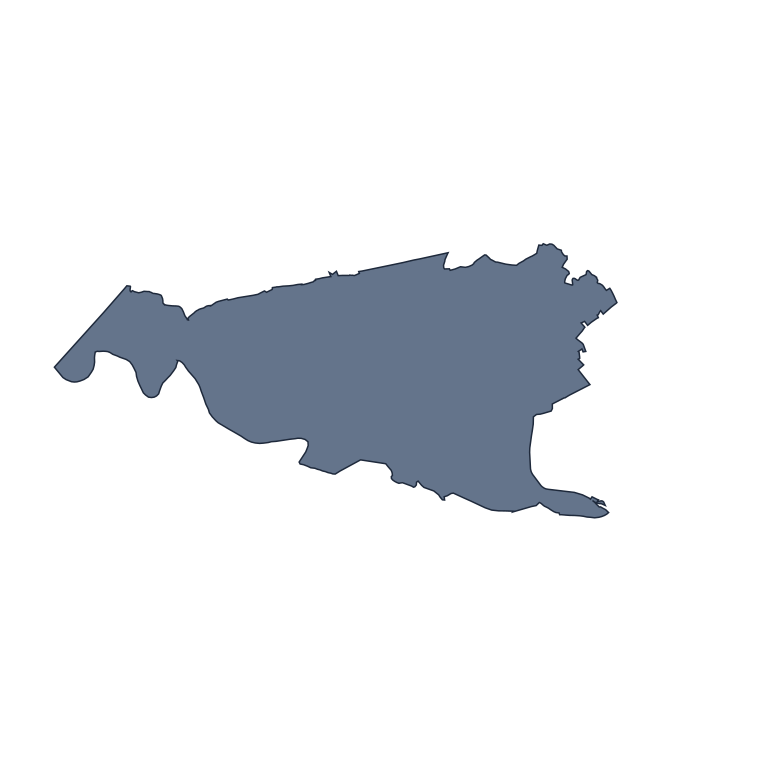 the district of Amatitlán, Veracruz, Mexico, rotated 137°
{"feature_id": "50627088B91579254282686", "entity_name": "Amatitlán", "entity_type": "district", "adm_level": 2, "iso_a3": "MEX", "parent_name": "Mexico", "parent_adm1": "Veracruz", "projection": "robinson", "projection_center": [-95.694, 18.438], "detail": "fine", "context": "isolated", "style": "filled", "palette": "slate", "viewbox_px": 768, "rotation_deg": 137, "n_neighbors": 0, "source": "geoboundaries", "source_scale": "gbopen_adm2", "svg_char_len": 6171}
<svg xmlns="http://www.w3.org/2000/svg" viewBox="0 0 768 768"><g transform="rotate(137 384 384)"><path d="M153.6,300.0L157.5,300.8L157.3,303.9L157.1,304.1L156.9,307.2L157.6,309.8L158.1,310.8L158.8,311.5L158.9,312.7L156.9,314.1L156.1,317.2L155.8,317.2L156.3,319.8L157.4,322.3L157.1,326.7L157.6,327.9L157.8,328.1L159.1,328.1L161.6,326.2L167.7,328.2L168.6,328.0L170.7,327.3L171.5,327.6L172.1,329.0L172.3,330.4L172.7,331.4L173.6,332.3L174.5,332.2L175.5,331.7L177.0,329.6L178.3,327.9L179.0,328.1L180.3,330.2L180.7,331.0L182.8,334.5L182.7,334.9L182.3,335.4L181.1,336.3L179.6,337.3L175.9,338.6L174.5,338.3L173.9,338.3L173.1,338.5L172.2,340.4L172.3,340.9L172.8,344.4L174.1,347.8L171.1,349.1L166.3,350.1L165.0,350.3L162.9,352.8L164.4,354.3L164.6,356.3L164.1,359.4L163.1,360.9L165.2,364.7L165.2,369.6L165.8,371.7L167.3,373.4L170.3,374.4L171.9,378.0L174.0,377.7L176.0,380.0L180.8,377.1L183.2,375.4L188.3,376.5L190.0,377.1L195.2,378.6L198.0,378.9L203.1,380.2L206.1,380.4L209.3,383.8L213.2,388.6L217.8,395.6L219.2,397.1L220.5,401.0L221.1,402.4L221.1,404.5L221.4,408.7L222.4,409.8L224.5,410.1L229.8,410.8L231.2,411.1L235.2,411.3L236.2,410.8L238.4,410.9L241.9,412.1L243.0,412.7L244.9,413.8L248.1,417.6L253.5,419.6L258.1,422.0L257.6,423.6L261.3,426.9L261.0,428.3L259.4,430.3L256.0,432.2L254.5,433.4L248.9,435.8L247.6,436.3L272.7,451.2L277.6,454.3L287.2,459.8L299.4,467.2L323.2,481.7L325.8,483.5L326.6,481.7L331.5,483.4L332.5,484.5L332.9,485.1L333.8,485.8L334.8,487.1L335.4,487.1L340.4,491.8L343.6,494.5L341.9,498.9L346.9,499.3L348.0,503.0L349.6,498.8L356.6,503.6L359.7,505.3L362.6,507.3L363.0,507.3L363.4,506.5L364.5,507.0L366.4,507.1L368.0,508.0L370.6,509.2L374.7,511.4L376.6,512.9L376.1,513.2L379.2,515.6L383.2,518.1L386.9,520.9L391.1,524.4L395.0,527.1L396.3,528.3L397.7,529.0L398.2,529.5L398.7,529.7L399.2,530.2L399.9,530.6L401.3,529.4L407.4,531.2L407.5,532.0L408.0,533.6L413.9,535.3L414.4,535.3L415.4,535.8L419.2,538.1L432.0,546.7L436.3,549.0L439.5,550.9L440.7,551.7L440.7,553.0L448.7,557.3L451.0,558.3L457.2,559.2L457.8,559.5L457.6,559.9L457.8,560.0L459.1,561.1L460.8,562.0L464.1,562.6L466.3,563.8L468.3,564.7L469.9,565.0L471.1,565.4L472.9,565.6L474.3,565.5L480.5,566.0L482.5,565.8L483.4,564.2L484.0,565.1L483.6,566.2L483.1,569.6L482.6,570.9L481.5,573.6L480.5,576.9L480.5,577.9L480.7,579.7L481.1,580.8L482.5,582.5L485.4,585.4L488.3,588.7L489.4,590.1L490.0,591.1L490.5,591.4L490.5,591.9L490.3,592.3L490.5,592.7L490.5,593.7L489.8,594.8L489.0,595.6L487.7,597.5L486.6,600.4L486.6,601.2L487.4,602.9L488.4,604.5L490.3,606.9L491.0,607.6L491.3,608.2L491.8,609.8L492.3,610.7L492.7,611.8L493.7,612.7L496.3,615.5L499.1,616.7L499.5,617.0L501.2,618.0L503.6,621.8L504.3,623.8L505.2,624.0L506.2,623.9L506.3,624.7L505.7,625.9L503.0,628.1L502.9,628.6L505.1,631.2L509.1,630.7L540.3,627.5L612.6,621.2L613.6,621.1L614.4,607.7L613.5,604.0L612.3,601.5L611.0,598.8L609.1,596.6L607.1,595.0L604.3,593.5L600.3,591.9L595.5,591.0L589.9,592.2L586.6,593.2L583.3,595.3L580.7,597.4L577.8,600.7L576.0,602.3L573.4,604.3L571.4,603.5L570.2,602.1L567.0,599.5L565.1,597.5L563.9,596.0L562.9,593.9L562.1,590.7L559.9,586.3L558.9,583.7L555.8,577.8L554.7,573.8L555.1,569.8L556.1,566.0L557.5,561.5L559.8,558.3L562.0,553.9L563.6,549.4L566.0,541.7L565.9,538.7L565.2,535.0L563.3,532.7L561.0,531.1L558.5,530.4L555.5,530.5L552.9,532.0L550.2,533.4L548.2,534.4L545.1,535.6L541.5,535.7L537.7,536.0L534.6,536.1L528.9,537.1L525.0,538.0L522.6,539.6L519.3,541.3L519.2,542.2L518.9,541.8L518.5,541.4L517.7,540.4L517.0,537.4L517.0,534.3L517.6,531.5L518.0,528.3L518.2,526.9L518.5,516.8L519.7,510.8L520.1,509.2L521.1,506.5L522.4,503.8L525.3,496.7L528.0,490.8L529.7,485.3L531.4,481.9L532.0,476.9L532.0,471.7L531.7,468.7L528.5,457.7L524.0,443.1L523.2,439.4L522.1,435.4L520.6,432.0L518.4,428.7L515.5,425.4L512.4,422.9L508.5,420.1L505.7,418.6L502.1,415.7L490.4,407.7L486.4,404.7L484.0,403.1L481.6,400.7L479.5,397.2L479.0,393.6L481.4,390.7L483.9,389.4L487.5,387.7L499.3,384.8L499.9,382.7L497.9,379.9L496.0,376.0L494.7,372.7L492.0,369.5L490.8,367.0L489.3,364.7L488.3,362.4L486.6,359.9L485.4,357.4L483.7,355.0L482.8,353.2L481.1,351.4L475.4,350.3L452.9,344.5L437.1,324.5L437.4,320.8L437.6,315.9L438.6,313.5L440.2,311.4L441.8,311.3L443.0,309.8L443.1,307.8L442.6,305.5L441.8,303.2L440.8,301.2L439.5,300.4L437.8,299.2L433.4,290.5L432.8,288.4L431.6,287.8L429.2,288.1L427.2,290.0L425.3,289.7L425.6,284.2L425.3,281.1L420.5,271.8L419.6,265.6L420.1,263.1L420.3,259.5L418.8,257.8L416.9,260.5L413.9,259.1L409.7,258.2L407.7,256.9L403.3,246.2L400.3,239.1L394.4,224.4L391.2,218.3L386.7,213.1L382.1,208.7L376.2,202.8L377.1,202.6L359.7,193.8L355.6,191.3L351.2,191.4L350.8,190.5L350.5,189.2L350.3,187.0L350.0,185.2L349.1,183.0L348.4,181.0L347.9,178.6L346.9,174.9L345.9,172.7L343.9,170.3L344.7,168.6L343.0,167.0L340.4,164.1L337.8,161.3L334.4,158.0L330.8,154.2L328.4,151.3L326.2,148.2L323.9,145.7L321.2,142.5L317.8,140.0L315.2,138.6L312.4,137.5L309.8,136.9L307.4,136.8L307.6,140.9L308.8,144.3L309.4,146.4L310.5,147.3L310.6,151.3L310.6,153.8L311.0,156.6L310.6,154.5L310.2,153.3L308.7,150.5L307.5,149.0L307.0,148.9L305.0,144.3L304.6,145.6L303.8,147.9L304.0,149.3L304.6,150.2L305.4,150.8L306.8,151.7L308.1,152.6L307.4,153.0L306.2,153.1L306.8,154.2L308.8,159.6L311.6,159.0L311.7,160.2L311.9,160.9L314.4,167.5L318.7,174.9L335.8,195.1L337.0,196.7L337.5,197.7L337.8,198.4L338.2,200.0L338.4,200.8L338.5,202.6L337.0,216.5L336.5,218.5L336.1,219.6L334.9,221.8L334.5,222.3L324.1,234.7L321.0,237.8L311.3,245.7L307.4,248.7L302.2,252.9L297.1,258.1L293.2,257.7L290.3,255.4L287.4,253.8L280.2,250.2L277.6,251.2L274.5,254.6L262.0,251.1L261.0,250.4L259.8,250.2L256.0,249.4L233.8,243.1L233.5,246.8L232.2,262.1L226.4,261.8L224.9,261.8L225.1,269.7L223.5,269.2L222.5,270.3L219.6,274.3L219.7,275.3L215.4,274.6L216.5,271.7L214.2,270.2L211.3,277.0L211.2,277.9L211.2,278.8L212.0,283.4L212.4,286.4L212.3,286.6L211.9,286.6L206.8,287.2L202.7,287.6L199.4,288.4L198.4,288.5L198.3,289.5L198.3,290.9L198.2,294.2L194.6,293.0L195.1,288.0L193.0,287.9L190.4,287.8L183.5,286.8L182.0,286.3L181.1,289.0L180.0,288.6L176.8,289.7L175.5,289.9L176.0,285.6L165.1,285.3L159.4,284.7L158.1,284.7L157.1,287.9L155.8,291.5L154.9,294.4L154.0,297.6L153.6,300.0Z" fill="#64748b" stroke="#1e293b" stroke-width="1.5"/></g></svg>